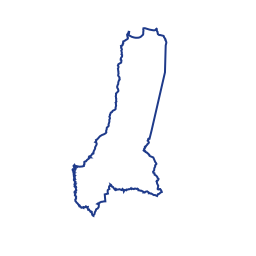 the district of Karonga, Karonga, Malawi, rotated 227°
{"feature_id": "42251766B7861013170277", "entity_name": "Karonga", "entity_type": "district", "adm_level": 2, "iso_a3": "MWI", "parent_name": "Malawi", "parent_adm1": "Karonga", "projection": "orthographic", "projection_center": [33.891, -10.08], "detail": "fine", "context": "isolated", "style": "outline", "palette": "blue", "viewbox_px": 256, "rotation_deg": 227, "n_neighbors": 0, "source": "geoboundaries", "source_scale": "gbopen_adm2", "svg_char_len": 5702}
<svg xmlns="http://www.w3.org/2000/svg" viewBox="0 0 256 256"><g transform="rotate(227 128 128)"><path d="M143.5,193.0L162.7,211.9L164.2,214.2L165.1,214.8L166.0,215.1L166.4,215.5L166.8,215.6L167.2,215.4L167.9,216.1L169.7,216.2L170.7,216.8L171.3,216.7L174.1,214.9L174.7,214.2L176.1,213.9L176.5,214.0L176.9,214.4L177.4,214.5L178.2,215.2L178.8,215.2L179.6,215.5L180.8,216.6L181.1,216.6L181.2,215.7L180.9,215.1L181.3,214.1L182.0,213.3L185.2,210.9L189.5,208.4L190.4,207.3L189.6,206.3L188.5,205.6L187.9,204.7L186.7,203.6L186.0,202.7L186.0,199.5L186.4,198.2L187.1,197.0L188.6,195.3L190.0,194.2L192.0,193.0L194.6,192.1L195.7,191.9L196.1,192.2L196.4,193.1L197.5,194.4L197.9,194.1L197.5,193.6L197.5,193.3L197.2,192.9L197.2,192.2L197.1,191.9L196.8,191.9L196.8,191.1L196.4,191.0L196.2,190.5L195.6,190.2L194.9,189.7L194.4,189.7L193.8,189.3L193.4,188.4L193.9,186.3L193.9,185.6L194.3,184.5L194.2,183.6L194.4,183.4L194.0,183.1L193.9,182.7L193.4,182.4L193.2,181.8L192.9,181.8L192.8,181.1L192.4,180.8L192.3,180.2L192.5,179.7L192.4,179.5L192.7,179.2L192.8,178.8L191.8,178.3L191.4,177.6L190.8,177.7L189.6,177.1L189.4,176.9L189.2,175.9L187.3,174.9L186.4,173.9L186.3,173.5L185.4,173.5L184.5,172.6L184.2,172.0L184.2,171.2L183.6,169.9L182.9,169.2L182.5,169.5L181.9,169.3L180.5,167.6L181.2,164.5L180.5,163.1L179.8,163.1L179.1,162.7L178.5,161.8L178.3,161.1L177.4,160.6L176.5,159.8L176.0,159.7L175.6,159.1L174.4,158.4L174.0,157.6L173.5,157.2L173.2,156.7L172.3,156.4L170.9,156.3L170.1,155.8L169.7,155.0L169.1,154.9L168.8,153.4L168.0,152.0L166.8,150.8L166.4,149.5L165.9,148.8L165.7,148.3L164.8,147.6L163.3,147.3L161.7,146.3L161.5,145.6L161.4,142.7L160.4,141.9L159.5,140.6L158.8,140.3L157.9,139.5L157.6,139.5L155.8,137.7L155.2,137.5L155.0,136.2L154.3,136.0L153.2,135.0L152.6,134.7L151.3,132.7L150.4,132.0L150.3,130.9L151.0,128.5L150.6,127.0L151.0,125.9L150.3,124.7L150.2,124.0L149.4,123.3L149.0,122.1L147.6,121.6L147.2,121.1L146.8,120.0L145.3,118.7L143.8,116.1L143.0,115.6L142.6,114.9L142.7,113.0L142.5,112.4L141.7,111.7L140.7,109.9L139.6,109.2L139.4,108.1L139.9,105.9L140.6,104.3L141.1,101.8L140.7,98.1L141.0,96.4L140.4,96.2L140.2,95.5L140.0,95.4L140.0,94.5L139.0,94.9L138.5,94.6L137.9,94.4L137.3,93.7L136.3,90.7L135.7,90.3L135.3,89.7L134.3,86.9L132.9,85.3L133.0,84.9L133.5,84.7L133.3,83.2L132.9,82.4L132.9,82.0L133.7,80.2L133.4,79.4L133.2,79.3L132.5,80.3L132.1,80.4L132.7,79.7L132.3,78.6L132.6,76.4L132.3,74.6L132.7,74.1L133.0,72.9L131.6,71.6L131.4,71.2L131.3,71.5L131.2,71.4L130.8,70.6L130.7,69.7L130.4,69.6L131.0,68.4L132.8,66.1L135.9,63.9L137.0,63.4L137.5,63.6L137.4,62.3L136.4,61.9L136.0,62.7L135.8,62.8L135.6,62.8L135.6,62.3L135.3,62.3L134.8,61.8L134.5,62.1L134.6,61.6L134.0,61.9L133.5,61.3L133.5,61.1L134.0,61.4L134.9,60.7L134.9,60.1L135.5,59.5L135.4,59.1L134.5,58.6L133.8,58.8L133.4,58.3L132.7,58.9L132.6,58.1L132.3,57.9L131.7,58.2L131.9,57.5L131.1,57.4L131.2,56.7L130.4,56.1L129.9,56.2L129.8,56.8L129.3,56.9L129.3,56.4L129.7,55.9L129.6,55.5L129.2,55.2L128.4,55.4L128.3,54.9L127.8,54.8L127.9,54.6L127.6,54.4L127.7,54.0L127.5,53.5L127.2,53.4L127.1,53.7L126.7,53.9L126.8,53.3L126.6,52.9L126.1,53.0L125.5,52.7L124.7,53.0L124.4,52.9L124.1,51.6L123.7,51.4L123.4,51.6L123.5,50.8L123.3,50.5L122.5,50.9L122.1,49.6L121.7,49.9L121.3,49.3L120.7,49.7L120.5,49.2L119.9,49.4L119.7,48.8L118.2,48.0L118.1,47.3L117.5,47.3L117.4,46.4L117.8,45.5L117.6,45.1L117.0,44.8L116.3,45.4L116.1,44.8L115.6,44.5L115.4,43.7L115.1,43.3L114.5,43.2L113.6,43.4L112.9,43.1L112.4,42.1L111.7,41.8L111.6,40.6L110.4,39.7L109.7,39.8L108.7,39.5L107.0,39.7L106.3,39.5L105.8,39.6L104.8,39.2L104.5,39.8L103.5,39.6L103.3,39.2L102.3,39.7L101.5,39.5L101.2,39.8L100.9,40.7L99.9,41.0L100.4,41.7L99.6,42.3L99.2,42.8L99.4,43.8L99.1,43.9L98.7,43.4L98.3,43.5L97.6,44.7L97.0,43.9L95.3,43.1L94.8,43.9L94.2,43.6L93.4,43.7L92.6,43.5L92.4,44.0L91.6,44.3L91.3,43.6L90.5,43.7L89.0,42.7L87.9,42.6L87.3,42.8L87.8,43.4L87.9,44.8L89.0,46.3L89.5,48.0L90.2,49.1L90.2,49.7L89.8,50.8L90.2,52.7L91.8,54.4L92.8,54.2L93.4,53.9L93.3,54.7L92.6,55.2L92.9,56.2L92.6,56.6L92.3,58.0L91.3,59.3L91.0,60.0L89.8,61.4L95.3,65.7L93.7,68.6L94.9,69.3L96.3,70.7L96.4,71.5L96.1,72.8L97.4,73.5L98.1,74.3L98.2,74.9L97.9,75.3L98.3,75.8L97.8,76.5L98.3,76.7L97.9,76.8L95.8,76.3L95.3,76.7L94.8,76.8L93.8,76.5L91.4,76.4L91.3,76.5L91.8,76.7L92.2,77.3L92.1,77.6L91.6,77.6L91.0,77.3L91.0,77.8L89.9,78.5L89.1,80.0L88.3,80.3L87.6,81.0L87.1,80.9L86.7,81.5L87.0,82.4L85.8,82.4L84.5,81.7L85.0,83.1L84.9,83.4L84.3,83.7L84.0,84.3L83.7,84.4L84.0,85.0L83.1,85.8L82.9,86.6L82.3,87.2L81.9,88.1L81.9,89.1L81.4,89.0L81.1,89.2L80.8,89.1L80.5,90.0L79.3,90.6L79.0,91.8L77.6,92.7L77.3,93.5L76.3,93.7L75.4,93.1L74.3,94.1L73.7,94.2L72.9,95.1L72.2,95.3L71.9,95.3L70.9,95.8L70.4,95.4L70.3,95.7L69.4,96.2L69.4,97.4L68.6,98.8L66.7,99.2L66.1,98.7L65.6,99.4L64.7,99.7L64.5,100.2L64.0,100.4L61.4,101.1L60.6,102.0L58.4,102.9L59.2,104.7L58.6,106.0L58.6,108.0L58.1,109.0L58.5,109.3L60.3,109.8L61.5,109.9L61.7,109.7L61.9,108.7L62.7,108.1L63.2,108.1L65.1,110.7L67.5,111.4L68.7,112.2L69.5,112.4L69.8,113.2L69.3,113.8L69.6,115.1L69.9,115.6L71.6,115.6L72.4,116.1L73.1,116.1L74.0,116.1L75.8,115.6L76.8,116.5L78.0,116.0L78.9,116.5L79.2,118.2L80.7,119.9L81.2,121.5L82.2,122.4L82.3,124.2L82.5,124.4L83.9,124.7L84.5,124.7L89.2,126.4L92.5,124.9L93.3,124.8L93.9,125.3L94.6,125.1L95.1,125.3L95.7,125.1L96.5,125.2L97.0,124.9L97.5,125.0L98.4,124.4L99.1,124.8L99.7,124.8L100.1,124.2L100.9,124.1L101.3,125.1L101.8,125.7L101.6,126.1L101.9,127.0L102.5,127.2L102.7,127.4L102.7,128.0L102.4,128.1L102.3,128.4L102.6,129.1L102.7,130.7L103.0,131.3L102.8,132.3L103.1,133.3L103.4,133.5L104.4,133.7L104.7,134.0L105.3,133.8L105.5,134.4L106.2,135.3L106.2,135.7L106.1,136.0L105.6,136.0L105.4,136.3L110.0,143.4L143.5,193.0Z" fill="none" stroke="#1e3a8a" stroke-width="2"/></g></svg>